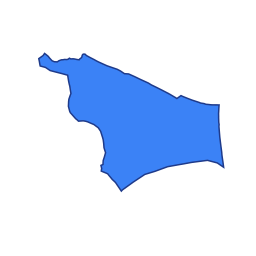 Shubra Al-Khayma 1, Al Qalyubiyah, Egypt (Mercator projection), rotated 282°
{"feature_id": "37247803B87868406017087", "entity_name": "Shubra Al-Khayma 1", "entity_type": "district", "adm_level": 2, "iso_a3": "EGY", "parent_name": "Egypt", "parent_adm1": "Al Qalyubiyah", "projection": "mercator", "projection_center": [31.255, 30.132], "detail": "fine", "context": "isolated", "style": "filled", "palette": "blue", "viewbox_px": 256, "rotation_deg": 282, "n_neighbors": 0, "source": "geoboundaries", "source_scale": "gbopen_adm2", "svg_char_len": 1947}
<svg xmlns="http://www.w3.org/2000/svg" viewBox="0 0 256 256"><g transform="rotate(282 128 128)"><path d="M150.3,216.4L152.4,215.6L157.7,214.3L157.9,214.3L160.0,213.8L161.3,213.5L162.2,213.4L165.3,212.9L167.9,212.5L169.5,212.3L168.0,204.8L167.7,201.6L167.4,199.3L167.7,197.3L167.5,193.8L167.8,192.4L168.6,184.9L169.4,179.8L170.3,174.7L170.7,173.1L167.0,169.7L167.7,167.9L167.9,167.2L169.7,161.9L172.1,153.3L173.6,147.6L175.0,141.9L176.2,138.6L178.1,130.0L179.6,123.9L181.0,117.4L180.4,113.2L182.2,108.8L183.2,105.2L183.8,100.1L184.5,94.5L186.5,85.3L187.1,83.1L187.8,80.9L189.1,76.1L190.3,72.1L191.2,70.9L191.2,69.5L190.6,68.5L189.6,68.1L187.8,68.1L186.8,67.6L185.6,66.5L184.6,66.1L184.5,65.1L184.4,64.0L184.4,62.9L184.4,61.5L184.3,60.1L184.0,58.9L183.7,57.7L184.1,56.2L182.8,55.1L182.2,53.8L181.9,51.8L181.2,50.1L180.8,48.6L179.4,46.4L178.0,45.1L177.7,43.4L177.5,42.1L178.0,39.7L180.2,36.6L181.5,35.1L182.7,32.8L183.6,30.9L181.2,29.9L179.6,28.4L177.3,26.3L175.7,27.0L174.3,27.6L173.0,28.1L172.0,28.5L170.4,29.2L170.1,34.7L168.0,39.9L167.7,46.3L167.5,51.5L167.1,58.0L161.4,60.2L158.7,61.4L156.7,62.4L153.2,63.7L149.9,65.0L148.0,64.7L143.9,64.2L141.6,64.4L140.4,64.6L136.8,65.2L132.2,67.5L131.0,68.4L129.7,70.2L128.5,71.8L126.2,74.9L125.2,76.9L124.4,78.1L125.7,82.7L125.8,85.3L125.6,87.5L124.9,90.8L124.3,94.0L123.2,96.3L122.1,98.8L119.1,101.9L116.1,103.6L113.1,105.3L111.3,106.2L107.9,107.4L104.9,108.3L103.8,108.6L102.5,109.3L99.2,111.2L94.7,110.9L91.0,110.5L87.1,111.1L85.8,109.3L82.9,110.7L81.7,110.7L80.3,110.8L80.0,112.3L79.8,113.4L79.5,115.1L79.0,117.6L77.6,119.3L76.1,121.2L74.4,123.3L73.4,125.0L72.1,127.1L64.9,134.6L66.3,135.4L75.9,144.1L86.1,154.1L91.3,163.5L98.4,174.8L103.0,186.1L104.3,189.4L107.6,197.4L112.9,212.5L112.4,222.6L109.5,229.7L111.2,229.1L114.8,227.8L115.6,227.5L117.5,226.8L120.5,225.7L121.4,225.4L123.8,224.7L129.4,222.7L138.1,219.7L148.5,216.6L150.3,216.4Z" fill="#3b82f6" stroke="#1e3a8a" stroke-width="1.5"/></g></svg>